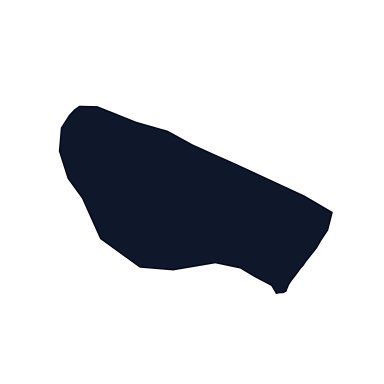 Riche Fond/New Village, Dennery, Saint Lucia, rotated 144°
{"feature_id": "8701671B39379224532007", "entity_name": "Riche Fond/New Village", "entity_type": "district", "adm_level": 2, "iso_a3": "LCA", "parent_name": "Saint Lucia", "parent_adm1": "Dennery", "projection": "equal_earth", "projection_center": [-60.924, 13.937], "detail": "fine", "context": "isolated", "style": "filled", "palette": "ink", "viewbox_px": 384, "rotation_deg": 144, "n_neighbors": 0, "source": "geoboundaries", "source_scale": "gbopen_adm2", "svg_char_len": 663}
<svg xmlns="http://www.w3.org/2000/svg" viewBox="0 0 384 384"><g transform="rotate(144 192 192)"><path d="M183.2,60.5L180.6,59.4L177.3,57.1L174.1,56.7L172.6,57.8L168.3,60.5L163.8,62.2L156.9,64.2L148.8,66.8L145.5,67.4L140.9,69.1L134.5,70.9L124.1,73.8L116.0,77.4L104.7,81.6L91.4,92.6L90.8,93.2L92.7,97.5L103.6,122.5L139.9,187.6L153.3,210.8L164.1,229.7L176.2,255.4L190.7,273.9L196.4,281.2L218.6,316.5L228.1,323.8L232.7,327.3L237.3,327.3L238.8,327.3L245.8,326.0L259.9,320.5L275.1,302.9L284.1,275.8L284.1,251.4L293.2,208.0L278.1,161.9L252.9,140.2L214.6,121.2L197.4,102.2L190.4,85.9L182.3,69.6L183.2,60.5Z" fill="#0f172a" stroke="#020617" stroke-width="1.5"/></g></svg>